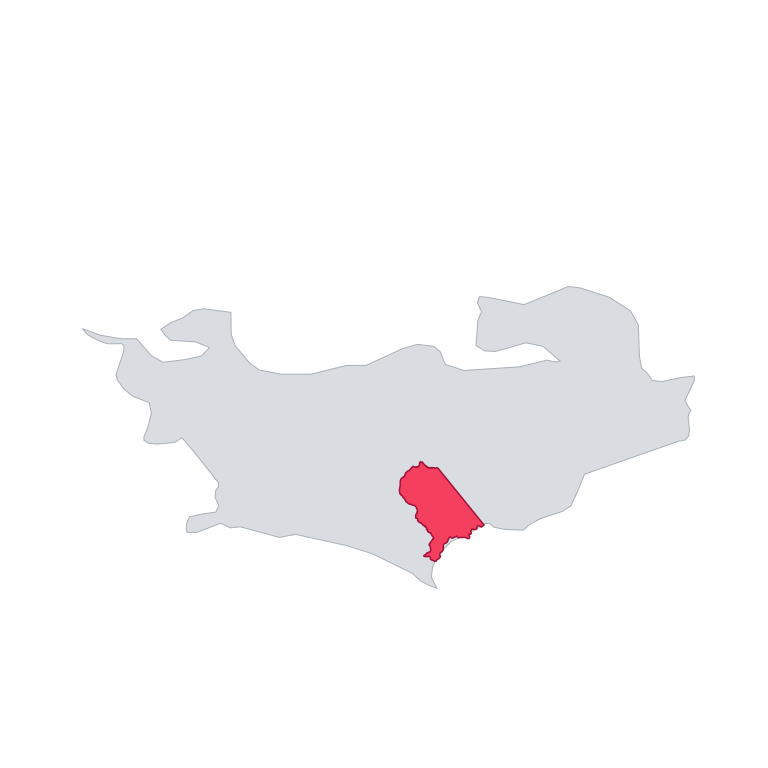 Sarapiqui, Heredia, Costa Rica shown in context, rotated 141°
{"feature_id": "36466004B54791236061025", "entity_name": "Sarapiqui", "entity_type": "district", "adm_level": 2, "iso_a3": "CRI", "parent_name": "Costa Rica", "parent_adm1": "Heredia", "projection": "mercator", "projection_center": [-83.949, 10.488], "detail": "fine", "context": "in_parent", "style": "filled", "palette": "rose", "viewbox_px": 768, "rotation_deg": 141, "n_neighbors": 0, "source": "geoboundaries", "source_scale": "gbopen_adm2", "svg_char_len": 7349}
<svg xmlns="http://www.w3.org/2000/svg" viewBox="0 0 768 768"><g transform="rotate(141 384 384)"><path d="M630.2,392.5L629.4,395.3L626.8,398.2L623.2,401.1L618.4,403.1L606.7,397.1L595.3,390.3L588.9,393.4L586.5,402.2L582.3,406.8L577.0,408.6L574.8,411.5L574.4,441.4L574.7,469.6L583.4,470.2L597.9,480.0L604.1,485.7L606.0,491.1L604.2,493.7L593.6,499.8L583.3,507.6L578.2,517.2L587.2,532.9L589.1,543.5L588.8,554.6L586.3,560.0L566.3,572.7L561.9,577.2L562.5,580.4L573.5,589.2L578.8,597.7L583.1,608.0L583.7,616.9L573.7,600.4L559.9,584.6L547.8,574.9L546.9,552.2L542.0,539.9L523.9,528.6L508.3,520.6L496.8,522.2L503.9,535.3L522.1,552.0L523.3,558.4L523.0,567.0L510.5,565.7L499.4,562.2L485.9,561.1L476.9,556.0L457.9,536.0L471.4,518.9L475.6,507.7L475.2,484.5L472.1,473.3L457.5,456.1L434.1,437.3L401.4,422.0L386.0,409.6L347.7,400.0L333.1,393.8L321.7,382.1L320.0,373.7L324.0,360.7L313.5,344.3L267.8,312.0L242.3,300.0L236.8,293.1L232.7,290.9L236.7,313.2L247.8,326.7L277.0,339.2L285.0,346.5L288.2,356.0L271.3,374.2L262.7,378.8L260.1,388.7L254.6,391.7L248.8,386.0L225.2,357.5L179.5,343.8L171.2,335.4L154.2,309.4L146.4,285.6L149.2,269.7L168.0,244.9L173.8,234.2L172.6,227.5L173.2,217.7L166.2,210.9L148.9,202.0L137.8,194.9L140.8,191.3L160.7,181.7L162.0,173.1L161.9,170.2L165.1,169.6L168.0,167.3L169.8,164.9L175.2,156.5L180.0,151.8L185.5,151.1L192.2,154.6L217.2,163.5L245.1,173.5L284.9,187.7L301.3,178.6L315.5,171.7L325.3,172.7L346.7,180.8L359.5,183.3L367.4,182.5L381.1,194.4L388.5,203.3L389.8,209.2L393.9,212.4L404.6,213.1L430.6,219.2L446.5,218.0L461.0,211.6L468.9,204.0L471.4,191.9L475.1,197.9L479.4,207.3L481.2,219.3L500.0,259.5L514.9,282.1L547.6,323.0L561.8,330.6L585.6,363.5L593.9,368.9L598.6,378.6L623.4,386.6L630.2,392.5Z" fill="#d9dde1" stroke="#a8b0b8" stroke-width="1"/><path d="M431.3,299.1L431.7,298.8L432.2,298.5L433.5,297.1L434.3,296.2L434.6,295.7L434.8,295.3L435.6,294.8L435.9,294.4L436.1,294.2L436.9,293.5L437.4,293.0L438.6,292.1L439.2,291.4L440.1,289.6L440.3,289.2L440.6,289.0L440.6,287.9L440.7,287.5L440.7,287.3L440.6,287.1L440.5,286.9L440.5,286.3L440.3,285.7L440.3,285.2L440.4,284.3L440.5,284.1L440.6,283.8L440.6,283.2L440.3,282.5L440.3,281.7L440.5,281.1L440.6,280.4L440.6,280.2L441.0,278.8L440.9,278.5L440.8,278.1L440.6,277.7L440.5,276.8L440.2,275.6L440.1,275.3L439.9,274.6L439.3,274.0L438.9,273.7L438.6,273.4L438.5,273.2L438.5,272.6L438.4,272.4L438.1,272.2L437.7,271.4L437.2,271.1L437.0,270.8L436.5,269.5L436.5,268.4L436.6,267.9L436.8,267.4L436.9,267.1L437.0,266.6L437.2,266.0L437.5,264.8L437.6,264.7L437.7,264.3L437.9,264.2L438.2,264.1L439.0,263.8L439.2,263.6L439.3,263.2L439.6,262.7L439.8,262.7L441.0,262.7L441.5,262.4L442.0,262.0L442.5,261.1L443.3,260.4L443.5,260.2L443.5,259.4L442.6,258.5L442.6,258.4L442.8,257.7L443.5,257.1L443.8,256.8L443.7,256.0L443.9,255.6L443.9,255.4L443.5,255.0L443.5,254.6L443.6,254.2L443.6,253.9L443.3,253.7L443.1,253.3L442.5,252.7L442.5,252.0L442.4,251.7L442.4,251.4L442.6,250.9L442.6,250.6L442.4,250.2L442.5,249.5L442.3,248.9L442.1,248.6L441.7,248.3L441.6,248.1L441.4,247.9L441.9,247.4L441.9,247.0L441.2,247.0L441.3,246.7L441.5,246.0L441.5,245.8L441.5,245.5L442.0,244.5L442.2,244.4L441.9,244.1L441.9,243.9L441.9,243.7L442.2,243.6L442.2,243.1L442.6,242.7L442.8,241.8L442.8,241.6L442.6,241.3L442.8,240.9L442.6,240.6L442.1,240.1L441.9,239.5L441.6,239.3L441.5,239.0L441.5,238.7L441.8,238.5L441.6,238.0L441.6,237.6L441.7,237.2L442.0,236.7L442.2,236.2L442.2,235.8L442.1,235.7L442.1,234.9L442.0,234.7L442.0,234.4L442.2,233.8L442.2,233.5L442.3,233.0L442.5,232.9L443.8,232.9L444.0,232.6L444.5,232.5L445.0,232.3L445.4,232.2L445.7,232.1L446.4,232.1L446.7,231.9L446.8,231.7L447.0,231.6L447.8,231.6L448.1,231.5L448.6,231.5L448.9,231.2L449.8,231.0L450.0,230.6L450.2,230.4L450.3,230.1L450.2,229.0L450.3,228.6L450.4,228.4L450.7,228.1L450.9,227.8L451.0,227.4L451.1,227.0L451.7,226.6L451.9,226.0L452.1,225.8L452.5,225.3L453.3,224.7L454.1,224.7L454.4,224.8L454.8,225.1L455.2,225.0L455.5,225.0L455.9,225.2L456.3,225.6L457.1,225.6L458.1,225.5L458.4,225.4L458.7,225.3L459.1,225.3L459.5,225.5L461.0,225.5L461.3,225.4L461.3,225.1L460.5,223.8L459.6,223.1L459.2,222.9L458.9,222.5L458.6,222.4L457.7,221.8L457.5,221.5L457.3,221.2L457.2,221.1L457.0,220.7L457.0,220.3L457.3,219.5L457.7,219.3L458.0,219.1L458.0,217.8L457.4,216.7L456.2,215.1L456.2,214.8L456.2,214.1L455.4,213.9L454.6,213.4L454.1,214.0L453.8,214.1L453.0,214.1L452.4,214.0L451.8,213.8L451.2,213.7L450.2,214.0L449.9,214.0L449.8,213.9L449.5,214.1L449.0,214.3L448.5,214.6L448.5,215.0L448.4,215.8L448.3,216.1L447.6,216.7L447.1,216.9L446.8,217.3L446.4,217.5L446.1,217.5L445.5,217.3L445.0,217.3L444.5,217.1L443.8,217.5L442.9,217.6L442.4,217.8L442.0,218.1L441.8,218.3L441.4,218.8L441.1,219.1L440.5,220.0L440.5,220.3L440.4,220.4L440.2,220.5L439.6,220.9L439.1,221.7L438.5,221.9L437.7,222.0L436.6,221.5L436.3,221.4L435.5,221.4L434.7,221.4L434.4,221.4L433.8,221.7L433.0,222.0L432.8,222.0L431.4,223.0L431.1,223.1L430.7,223.2L429.7,223.5L428.9,223.6L428.6,223.3L428.4,223.0L428.4,222.3L428.2,222.0L428.2,221.6L428.1,221.4L427.9,221.2L427.1,220.9L426.9,220.8L426.1,220.8L425.4,220.6L424.5,220.2L423.8,220.0L423.3,220.0L423.1,219.9L423.0,219.6L423.0,218.1L422.9,217.8L422.7,217.4L421.8,217.0L421.5,216.8L420.9,216.5L420.5,216.1L420.3,216.1L420.1,215.9L419.9,215.5L419.7,215.3L419.0,215.0L418.9,215.0L418.7,214.8L418.3,214.4L417.8,213.9L417.3,213.3L416.3,211.4L416.0,211.0L415.6,210.7L414.5,210.6L414.0,210.9L413.5,211.3L413.4,211.7L413.2,212.8L413.0,213.2L412.7,213.6L412.4,213.7L412.2,213.8L412.0,213.6L411.8,213.4L411.6,212.9L411.2,212.8L410.7,212.8L410.0,213.2L409.7,213.5L409.4,214.1L409.4,214.7L409.2,215.0L408.8,215.3L407.9,215.6L407.2,215.8L406.8,215.8L406.3,215.1L406.1,214.9L405.5,214.3L405.5,214.2L404.8,213.7L404.2,213.3L403.5,213.1L403.1,213.1L402.9,213.2L401.6,214.5L401.0,214.8L400.7,214.8L400.3,214.7L400.2,214.5L399.6,214.1L399.0,213.3L398.7,212.7L398.6,212.2L398.6,211.8L398.5,211.6L398.1,211.5L396.7,211.6L395.0,211.5L395.0,284.7L395.3,285.0L395.7,285.4L395.8,285.8L396.3,285.9L397.1,286.1L397.5,286.6L397.5,286.9L397.5,287.1L398.0,287.6L398.4,287.9L398.6,288.0L398.8,288.3L399.0,288.4L399.4,288.6L399.4,288.9L399.6,288.9L400.0,289.2L400.1,289.3L400.2,289.6L400.4,289.6L400.5,289.4L400.9,289.7L401.0,290.0L401.4,290.0L401.5,290.2L401.9,290.1L402.1,290.3L402.2,290.7L402.1,291.1L402.2,291.5L402.3,291.6L402.6,291.7L402.9,292.0L402.8,292.3L402.6,292.5L402.7,292.9L402.5,293.0L402.6,293.4L403.0,293.7L403.1,294.2L403.3,294.3L403.3,295.4L403.4,295.6L403.6,295.7L403.6,295.9L403.6,296.1L403.6,296.3L403.4,296.5L403.4,297.8L403.3,298.3L403.4,298.6L403.4,299.3L403.9,299.5L404.2,299.9L404.5,300.6L404.8,300.6L405.2,300.6L405.6,300.4L406.1,300.3L406.3,300.1L406.4,299.6L406.5,299.6L407.0,299.1L407.4,299.0L407.8,298.8L408.0,298.5L408.6,298.4L408.8,298.4L409.0,298.6L409.4,298.5L409.8,298.5L409.9,298.3L410.2,298.2L410.2,298.3L410.2,298.6L411.0,299.4L411.3,299.5L411.9,299.6L412.2,299.8L412.9,301.2L413.4,301.9L413.9,301.8L414.3,301.5L414.7,301.6L415.6,301.5L416.2,301.3L416.5,301.4L417.2,301.1L417.8,301.1L418.0,301.1L418.3,300.9L418.5,300.8L419.2,301.1L419.8,301.1L420.1,301.3L420.5,301.5L421.2,301.5L421.7,301.3L423.1,301.3L423.2,301.2L423.3,301.1L424.6,300.3L425.3,300.1L425.6,299.7L426.0,299.4L426.3,299.4L426.5,299.5L427.2,299.3L427.6,299.7L428.1,299.6L428.7,299.6L428.9,299.6L429.3,299.7L429.8,299.7L430.6,299.5L431.3,299.1Z" fill="#f43f5e" stroke="#9f1239" stroke-width="1.5"/></g></svg>